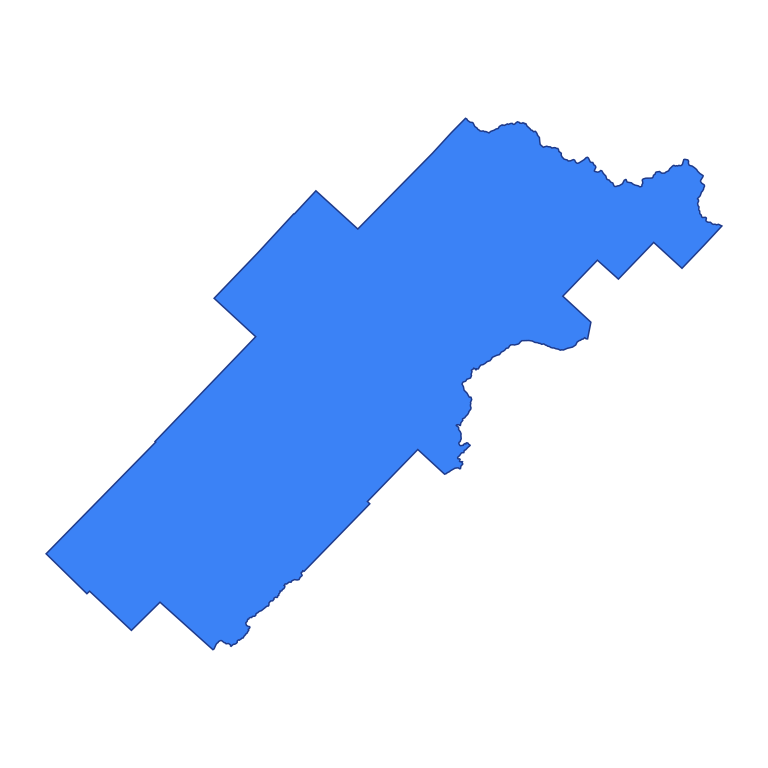 25 de Mayo, Buenos Aires, Argentina
{"feature_id": "61730980B17361655515044", "entity_name": "25 de Mayo", "entity_type": "district", "adm_level": 2, "iso_a3": "ARG", "parent_name": "Argentina", "parent_adm1": "Buenos Aires", "projection": "robinson", "projection_center": [-59.976, -35.554], "detail": "fine", "context": "isolated", "style": "filled", "palette": "blue", "viewbox_px": 768, "rotation_deg": 0, "n_neighbors": 0, "source": "geoboundaries", "source_scale": "gbopen_adm2", "svg_char_len": 6129}
<svg xmlns="http://www.w3.org/2000/svg" viewBox="0 0 768 768"><path d="M587.6,338.9L590.9,322.2L562.8,296.2L597.4,260.2L618.4,279.1L653.7,242.4L682.0,268.3L705.2,244.0L721.9,226.0L718.5,224.3L716.6,224.8L715.0,224.2L713.3,224.4L712.2,223.9L710.5,222.3L707.7,222.2L706.3,221.2L705.9,220.5L706.4,218.2L706.0,217.6L705.3,217.3L702.6,217.5L702.1,217.2L701.7,216.9L701.2,215.0L699.8,213.6L699.7,211.0L698.9,210.1L698.7,209.4L699.0,206.9L698.1,205.7L697.6,203.8L697.8,202.9L698.6,201.1L698.4,199.8L697.5,199.0L697.5,198.6L700.2,195.8L701.5,192.1L702.5,191.1L703.6,189.1L703.7,188.0L704.5,186.3L704.4,185.3L704.1,184.8L701.6,183.1L700.6,181.6L700.6,180.5L703.0,176.6L703.1,175.6L699.9,173.5L697.7,171.3L696.6,169.5L694.6,167.8L692.2,166.1L689.6,165.4L689.0,164.9L688.4,163.2L688.6,161.2L687.8,159.9L684.8,159.3L683.8,159.6L682.4,164.3L681.3,165.5L680.0,165.7L679.0,165.3L677.5,166.0L676.6,165.7L675.3,166.1L674.4,165.5L673.5,165.4L672.5,166.1L669.7,168.8L668.6,170.8L665.8,172.1L664.7,173.1L662.3,173.2L661.4,173.0L659.6,171.5L656.4,172.0L655.7,172.4L655.1,174.1L653.5,175.3L653.1,176.9L652.5,177.8L651.2,178.1L645.7,178.2L643.1,179.0L642.2,180.1L642.7,182.1L642.7,183.4L642.0,184.6L641.8,186.2L640.8,186.7L639.8,186.8L638.2,185.8L635.0,185.1L633.0,184.1L631.4,182.8L627.6,182.2L627.0,181.9L626.1,179.6L625.6,179.5L624.2,180.3L622.5,183.7L619.2,185.7L617.5,185.9L616.0,186.5L614.5,186.4L613.8,185.5L612.8,183.0L610.7,182.1L609.2,180.1L607.0,179.4L606.3,177.8L605.9,176.1L603.4,173.5L601.8,170.8L600.7,170.5L599.3,171.7L597.6,172.2L594.8,171.4L594.4,171.1L594.4,170.4L595.8,167.5L595.6,166.3L594.8,165.3L594.0,165.0L592.8,162.5L590.9,162.3L590.2,161.8L588.4,158.0L587.5,157.3L586.2,157.6L584.1,159.7L579.1,162.8L577.8,163.3L576.9,163.2L575.6,162.1L574.7,160.2L573.7,159.6L572.5,159.9L570.6,160.8L568.2,161.0L567.3,160.0L564.2,159.2L562.1,157.0L561.2,155.2L561.3,153.5L560.8,152.7L560.0,152.4L559.6,151.8L558.9,151.5L558.6,149.9L557.9,148.5L556.5,148.4L555.6,147.8L554.4,147.6L551.9,148.0L550.4,146.9L548.1,146.7L546.8,146.2L544.2,146.9L543.7,147.3L543.0,147.0L540.2,144.5L539.8,142.0L539.4,137.5L537.4,135.1L537.4,134.4L536.3,132.3L535.3,131.3L533.5,131.7L532.3,130.4L530.9,130.0L530.2,128.9L527.0,126.0L525.9,123.7L525.5,123.6L525.0,123.9L524.4,123.2L523.7,123.2L523.0,122.7L521.9,123.3L519.9,123.2L519.5,122.5L517.5,121.8L516.2,122.6L514.7,124.1L513.9,124.4L513.1,124.2L512.3,123.4L510.9,123.4L508.3,124.4L507.3,123.9L504.5,125.4L503.7,125.1L502.8,125.4L502.3,124.9L501.8,125.0L499.3,126.5L498.2,128.5L496.0,129.0L494.3,130.1L490.7,131.4L489.0,132.9L485.7,131.5L484.8,131.7L483.2,130.9L481.4,131.2L480.0,130.9L479.4,130.2L477.9,129.4L477.1,128.1L474.8,126.5L473.1,123.0L472.5,122.5L470.1,122.2L467.6,120.4L466.8,119.0L465.5,118.3L451.4,132.6L432.5,153.2L357.8,229.0L315.9,190.8L294.4,213.9L293.7,213.9L258.2,252.4L214.1,298.3L255.7,336.7L155.0,441.5L155.7,442.1L46.1,553.8L86.9,593.7L89.6,591.2L131.4,630.4L160.0,602.2L212.9,649.7L214.1,648.9L216.1,644.4L216.8,643.4L218.1,642.5L218.5,641.6L220.3,640.6L221.6,640.6L224.3,642.7L225.3,642.9L226.1,643.8L228.4,643.5L229.8,644.3L230.5,644.9L230.5,645.9L231.1,646.3L233.4,644.3L234.8,644.2L236.4,643.3L237.2,642.4L237.2,641.0L238.4,639.9L239.3,640.2L240.1,639.5L240.7,639.4L241.7,638.3L243.2,637.9L244.0,636.3L245.5,634.7L245.7,634.2L247.4,632.8L247.5,632.0L248.7,630.4L248.3,629.3L249.3,628.6L249.9,627.4L249.6,626.6L248.4,626.5L246.5,625.4L245.8,623.2L245.9,622.6L247.1,621.5L247.7,619.3L248.7,619.1L249.2,618.1L250.2,617.5L251.7,617.5L252.4,616.4L254.8,616.2L255.9,615.0L255.9,614.1L256.4,613.4L257.8,612.7L259.2,611.4L261.5,610.6L266.5,606.5L267.3,606.1L268.4,606.0L268.9,605.1L269.0,602.9L270.2,601.5L270.7,601.0L272.7,600.8L274.0,599.2L273.9,598.4L274.3,597.9L275.6,597.2L277.0,597.5L277.5,597.1L277.9,595.7L278.8,595.2L278.8,593.9L279.9,592.7L280.2,591.7L280.0,591.2L281.7,590.9L282.5,589.5L283.8,588.7L284.6,587.5L284.9,586.0L284.1,585.5L285.2,583.9L286.7,584.0L289.1,582.1L291.1,582.2L291.9,580.8L294.5,579.6L297.1,580.0L299.0,579.6L300.2,577.3L302.1,575.6L302.0,574.9L301.2,573.5L301.3,572.4L302.8,571.6L302.8,570.8L304.2,571.2L369.8,503.8L367.4,501.5L417.8,449.5L444.6,474.2L446.5,473.5L447.1,472.8L449.6,471.6L450.4,470.8L455.0,468.2L458.1,467.8L459.7,468.8L460.5,468.6L460.9,466.1L462.7,464.2L462.7,463.7L462.0,462.7L462.5,461.8L462.1,461.6L460.5,461.8L459.9,461.6L459.5,461.2L460.1,459.3L459.4,458.8L458.2,458.9L457.7,458.4L457.6,457.8L457.9,457.1L459.6,455.6L461.2,453.2L461.8,452.8L463.8,452.6L464.3,450.4L465.6,449.9L467.7,447.6L470.1,445.5L470.0,445.1L468.6,444.1L467.8,443.0L466.6,442.8L466.2,443.0L465.8,443.9L465.0,443.6L464.2,444.0L463.4,444.6L463.3,445.2L462.6,445.4L460.4,445.7L459.8,445.3L458.8,443.5L459.0,442.4L460.1,441.6L460.4,441.0L460.7,439.6L461.2,439.0L460.9,435.3L461.1,433.9L460.4,432.0L458.5,429.3L458.7,428.5L458.6,427.3L456.3,425.6L456.3,425.2L457.1,424.7L458.9,424.7L459.5,425.3L460.4,425.4L460.9,422.7L462.8,420.4L462.5,419.3L462.6,418.8L464.7,417.8L465.8,416.3L467.7,414.4L468.8,412.3L468.8,411.7L470.8,409.1L471.0,407.8L470.5,406.3L470.4,404.9L470.8,403.7L470.5,402.4L471.7,399.6L471.1,397.5L470.8,397.1L469.6,397.2L469.1,396.9L467.0,393.1L464.1,390.2L463.4,386.6L462.1,384.3L462.3,383.2L463.3,381.9L465.2,381.4L465.9,380.9L466.8,379.3L470.5,378.0L471.5,375.6L471.1,374.2L472.0,371.7L471.4,370.8L471.5,370.1L472.8,369.5L473.7,368.2L474.8,368.6L475.6,369.7L476.2,369.7L476.4,368.8L478.1,369.0L478.5,368.7L479.4,366.9L480.7,365.2L481.7,364.8L482.9,364.7L485.1,363.4L487.2,361.6L490.0,360.7L491.7,358.6L492.1,357.6L492.8,357.1L496.8,355.3L499.5,354.6L501.3,352.1L503.6,351.0L505.1,349.8L506.1,348.4L508.4,347.9L509.5,346.0L510.7,344.9L513.1,344.7L514.4,345.0L518.1,344.1L519.1,343.5L520.3,342.0L521.8,340.7L528.9,340.5L532.3,341.0L534.9,342.4L537.6,342.7L539.2,343.4L540.0,343.3L541.7,344.3L543.8,343.9L545.7,345.2L546.4,345.2L547.7,346.2L549.4,346.5L550.8,347.5L552.9,348.0L553.9,347.9L555.7,348.7L558.4,349.2L560.1,350.1L560.7,350.1L561.6,349.8L563.4,350.0L567.4,348.3L572.5,347.1L575.7,345.0L577.1,342.1L579.2,340.6L580.4,340.3L581.9,339.2L583.0,339.1L584.7,337.7L586.1,338.8L587.6,338.9Z" fill="#3b82f6" stroke="#1e3a8a" stroke-width="1.5"/></svg>